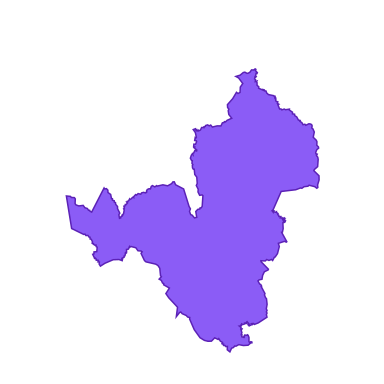 the district of Na Klang, Nong Bua Lam Phu, Thailand, rotated 200°
{"feature_id": "78962969B44929961465938", "entity_name": "Na Klang", "entity_type": "district", "adm_level": 2, "iso_a3": "THA", "parent_name": "Thailand", "parent_adm1": "Nong Bua Lam Phu", "projection": "orthographic", "projection_center": [102.242, 17.313], "detail": "fine", "context": "isolated", "style": "filled", "palette": "violet", "viewbox_px": 384, "rotation_deg": 200, "n_neighbors": 0, "source": "geoboundaries", "source_scale": "gbopen_adm2", "svg_char_len": 5936}
<svg xmlns="http://www.w3.org/2000/svg" viewBox="0 0 384 384"><g transform="rotate(200 192 192)"><path d="M292.6,116.5L279.2,115.1L278.1,115.8L276.8,114.8L274.9,115.6L273.3,114.4L272.3,114.6L271.7,113.0L270.5,113.1L268.5,111.2L268.3,109.7L267.0,109.8L266.9,109.2L264.9,108.8L264.1,109.3L263.4,107.9L262.2,107.7L261.1,103.4L263.6,102.2L263.0,100.3L264.0,99.5L261.7,97.2L260.3,96.8L260.6,96.2L259.0,96.2L258.6,95.1L256.9,95.8L256.3,95.3L256.5,94.2L255.1,94.5L254.6,92.5L252.7,91.0L249.4,95.3L242.9,101.4L237.5,103.6L234.1,103.6L234.4,105.6L235.1,105.3L235.1,105.9L233.5,107.4L234.1,109.1L233.6,108.6L233.2,109.1L233.5,111.2L232.9,112.2L233.7,112.2L233.1,113.7L233.9,115.6L232.2,116.6L232.1,119.2L231.6,118.7L230.8,119.9L225.7,120.4L222.7,118.3L219.7,119.1L218.4,118.7L218.9,116.9L213.2,111.3L211.4,110.6L201.4,111.8L198.9,111.3L196.2,109.3L193.0,102.7L191.8,101.9L193.1,98.9L190.5,98.4L188.6,96.4L187.3,96.3L186.9,95.1L180.4,94.0L181.8,87.6L177.6,84.6L166.2,78.8L164.1,69.5L162.5,74.4L161.5,75.4L159.6,74.3L155.2,74.0L153.3,73.0L151.2,73.3L150.8,71.8L142.8,63.4L134.6,57.8L129.6,56.8L125.9,57.2L122.7,58.5L120.8,62.7L117.1,62.4L116.7,63.4L114.3,61.5L111.9,61.1L112.0,59.7L110.3,59.8L110.4,59.1L109.5,58.6L108.4,59.0L107.2,58.3L105.9,59.0L104.9,55.8L101.7,54.7L101.4,58.7L99.8,60.1L99.3,61.8L97.9,62.2L95.8,64.6L91.2,65.3L86.9,67.2L85.2,70.2L84.1,70.8L84.4,71.5L85.5,71.5L86.4,70.3L87.3,70.9L88.7,74.8L90.0,76.3L90.9,76.3L90.5,77.3L91.8,76.0L93.6,75.6L93.9,73.6L93.2,73.6L93.3,73.1L95.7,73.0L96.3,75.0L96.9,74.8L97.1,77.2L98.4,78.5L98.2,80.4L99.3,79.9L99.6,81.5L101.7,82.2L99.9,83.2L100.0,83.8L100.5,83.6L100.2,85.1L99.1,84.7L97.3,86.1L97.7,86.8L95.8,87.1L96.5,87.7L95.9,89.0L94.0,87.9L93.9,86.7L93.1,87.1L93.3,86.2L92.5,85.7L90.4,87.9L89.5,87.7L90.7,88.5L90.0,88.7L90.3,89.0L89.1,89.5L88.1,88.9L85.0,91.6L78.7,100.0L80.2,102.3L80.1,103.9L81.1,104.7L81.0,106.5L82.2,107.5L83.0,112.1L85.5,117.2L86.9,118.0L88.7,120.1L88.7,121.5L94.7,126.9L94.4,127.4L95.8,128.6L97.0,128.7L99.6,131.0L98.8,132.5L96.4,133.9L97.1,137.9L96.7,141.8L93.8,144.8L93.8,145.6L103.2,150.1L103.7,151.0L99.5,152.3L98.7,154.1L96.3,154.0L94.2,155.8L92.8,155.2L92.3,158.8L91.6,159.4L90.6,163.3L91.3,170.6L93.3,173.3L88.2,177.3L86.3,177.1L85.9,177.7L94.0,184.8L93.3,185.3L93.8,188.7L96.1,194.2L95.8,195.1L95.1,194.8L94.4,195.5L94.3,196.9L95.4,196.9L95.8,196.0L96.2,197.2L95.4,197.7L96.4,198.7L95.9,199.1L96.6,199.3L97.3,198.0L97.8,198.3L97.7,197.5L98.6,198.4L100.2,197.9L100.1,199.3L102.0,198.7L102.6,199.9L103.7,200.0L103.8,201.2L105.7,201.7L105.9,202.3L106.6,201.5L108.7,201.5L108.7,200.7L109.6,201.4L109.0,202.2L110.3,201.9L109.7,203.1L108.4,223.0L95.3,229.6L91.4,232.9L90.0,233.1L88.5,235.3L85.0,237.1L84.3,238.4L78.5,239.0L76.0,238.2L75.3,239.3L76.4,241.6L76.7,246.8L78.2,250.7L84.8,253.7L84.7,255.0L82.6,258.8L84.6,265.8L85.7,267.7L87.5,268.8L87.3,270.4L88.7,270.3L89.3,271.6L89.2,274.5L88.0,276.5L88.6,277.6L90.7,278.6L91.8,282.0L93.0,283.2L96.8,284.9L97.6,290.2L100.0,292.7L101.4,293.2L101.7,295.2L102.7,296.3L104.1,296.4L105.5,296.1L107.9,293.6L109.1,294.3L110.7,293.2L112.5,294.8L114.8,295.3L114.8,296.2L116.6,296.0L119.3,298.4L121.6,298.9L122.2,300.2L124.3,299.8L124.9,301.4L128.6,302.3L128.8,303.2L132.3,301.3L133.7,301.5L135.7,299.9L136.8,300.5L138.1,300.0L141.2,303.5L140.5,304.2L142.1,304.5L142.2,306.1L143.9,306.0L144.7,306.7L144.7,307.4L146.0,308.4L145.4,308.9L146.7,310.2L146.9,309.6L148.1,310.5L153.4,309.7L155.7,310.6L157.0,312.2L158.1,311.9L159.0,312.7L160.2,312.6L159.8,312.0L164.9,312.3L165.2,313.7L167.3,314.5L168.4,317.2L169.1,317.5L169.0,318.4L170.3,317.4L170.7,319.3L171.9,319.7L172.2,321.8L171.4,321.7L171.2,322.5L171.9,322.5L172.4,325.4L171.5,325.5L171.4,326.5L173.9,327.8L173.9,329.1L174.8,329.3L175.7,327.8L177.8,327.1L178.6,324.3L179.7,323.0L180.8,322.3L183.3,322.7L184.7,321.8L186.7,318.3L190.3,315.6L187.2,315.1L181.4,311.3L182.5,307.1L180.9,302.0L182.5,300.3L184.3,300.9L185.7,293.6L188.6,286.2L187.4,283.5L185.7,282.5L185.8,280.8L183.9,277.4L179.9,274.9L183.5,271.4L184.5,269.3L185.6,269.2L185.8,268.1L187.1,267.4L187.4,264.0L190.9,262.8L195.1,260.0L197.3,261.3L198.4,260.1L200.3,260.4L202.0,259.1L201.9,258.2L203.2,257.2L202.8,256.6L205.0,255.9L205.3,253.0L207.0,251.5L207.7,251.3L207.7,251.8L208.3,251.2L208.8,252.1L209.4,251.4L210.3,252.7L212.2,251.1L209.2,249.0L206.6,244.9L206.9,243.9L207.6,244.2L207.1,241.3L205.4,241.6L204.9,240.9L205.0,238.1L206.6,237.6L205.9,234.8L205.4,234.4L204.8,235.1L204.5,234.1L202.0,233.1L202.7,232.6L202.2,232.1L203.5,232.0L203.8,229.2L204.7,228.4L204.1,227.5L204.7,227.8L205.2,226.4L205.1,223.2L203.1,221.4L202.4,221.5L201.9,219.0L200.5,217.9L200.8,217.1L199.8,214.9L198.6,213.9L197.7,214.2L195.4,209.4L192.6,207.6L190.0,201.8L190.2,199.6L187.1,196.7L186.4,194.1L183.7,191.5L181.5,192.7L180.5,192.3L177.5,181.9L178.0,180.2L179.0,179.8L178.9,178.6L180.6,177.7L181.8,175.0L178.9,169.8L180.8,168.5L183.9,170.3L185.5,170.3L187.7,172.9L187.7,175.6L189.8,177.4L200.9,192.0L209.9,193.2L212.1,195.5L213.4,195.0L214.0,192.9L217.0,189.5L221.8,188.8L226.8,185.6L227.4,185.9L228.7,184.1L231.4,184.5L232.2,183.3L232.1,180.7L233.5,180.4L234.9,179.0L235.1,177.2L234.5,176.6L235.2,175.3L237.4,175.1L239.1,173.9L239.4,172.4L242.1,172.1L243.0,170.2L244.1,170.3L245.3,167.4L244.9,166.8L245.9,166.8L247.1,164.4L247.9,163.6L248.3,164.0L248.6,161.9L249.7,161.0L249.2,160.3L249.8,160.1L248.9,159.5L249.8,157.3L250.4,157.4L250.4,155.5L251.1,155.3L250.0,153.6L250.5,152.8L249.6,152.1L248.9,148.1L249.8,146.4L249.2,146.2L249.4,145.5L250.7,143.9L250.2,143.3L251.1,142.5L253.0,145.7L252.6,147.4L256.3,150.9L257.0,152.9L259.5,154.3L260.3,155.9L261.5,155.9L262.1,157.2L263.9,157.1L264.5,158.5L265.4,158.3L267.6,161.9L270.8,162.8L271.7,165.0L273.6,165.9L275.1,165.0L276.0,165.7L279.4,138.8L281.2,139.0L281.9,139.8L282.9,139.4L284.7,140.7L287.3,140.6L289.7,142.2L293.6,140.2L296.6,140.2L297.9,141.1L299.3,145.6L300.6,146.5L303.5,145.6L304.7,146.3L308.7,145.3L292.6,116.5Z" fill="#8b5cf6" stroke="#5b21b6" stroke-width="1.5"/></g></svg>